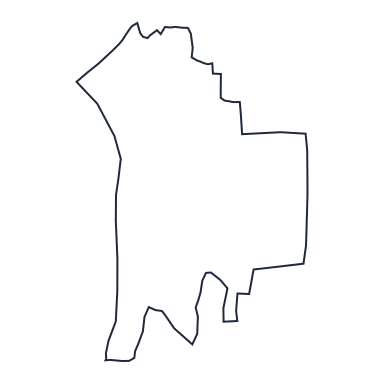 the district of Sisattanak, Vientiane [prefecture], Laos
{"feature_id": "54806243B63933200485588", "entity_name": "Sisattanak", "entity_type": "district", "adm_level": 2, "iso_a3": "LAO", "parent_name": "Laos", "parent_adm1": "Vientiane [prefecture]", "projection": "natural_earth1", "projection_center": [102.629, 17.933], "detail": "fine", "context": "isolated", "style": "outline", "palette": "slate", "viewbox_px": 384, "rotation_deg": 0, "n_neighbors": 0, "source": "geoboundaries", "source_scale": "gbopen_adm2", "svg_char_len": 1343}
<svg xmlns="http://www.w3.org/2000/svg" viewBox="0 0 384 384"><path d="M76.5,81.8L97.3,103.7L113.2,133.7L114.4,135.9L120.8,158.9L120.3,162.9L118.4,178.7L116.0,195.0L115.9,209.3L115.8,220.7L117.4,258.9L117.3,291.6L115.8,321.4L108.5,340.8L105.9,353.2L106.2,358.6L105.5,360.3L110.1,359.9L122.1,361.0L129.1,360.9L134.3,357.9L135.1,351.2L138.0,344.5L142.9,331.3L144.5,316.9L148.8,307.1L155.4,310.1L161.9,311.0L165.0,314.9L174.3,328.5L177.5,331.3L192.3,344.4L197.2,333.9L197.9,316.5L195.7,307.5L198.6,299.2L200.6,292.1L202.3,280.7L206.0,272.9L210.9,272.5L220.5,280.1L227.4,288.3L226.6,292.7L223.4,308.0L223.6,321.7L225.9,321.6L237.3,321.0L236.1,310.8L237.5,293.5L249.1,294.0L249.9,289.7L253.6,269.5L303.5,263.7L306.0,245.6L306.4,234.5L306.7,222.5L307.1,209.6L307.5,193.1L307.4,175.6L307.2,150.4L305.6,133.7L280.4,132.2L242.1,134.2L240.8,114.0L239.8,102.0L233.6,102.1L224.5,100.5L220.8,97.9L220.7,92.3L220.9,74.0L212.9,73.6L212.4,65.1L212.2,63.3L208.9,64.1L207.2,64.1L204.9,63.4L203.7,63.1L200.3,61.6L197.1,60.5L191.7,57.4L192.7,47.7L190.8,33.6L187.9,27.9L182.1,27.7L175.2,26.9L170.6,27.5L165.0,27.0L160.7,34.1L157.0,30.2L149.8,35.5L147.6,38.1L143.0,36.8L140.2,33.1L137.3,23.0L132.8,25.6L131.2,27.1L129.3,29.6L126.9,33.1L125.8,34.8L122.4,40.1L118.8,44.4L112.2,50.9L98.5,63.6L87.4,72.5L76.5,81.8Z" fill="none" stroke="#1e293b" stroke-width="2"/></svg>